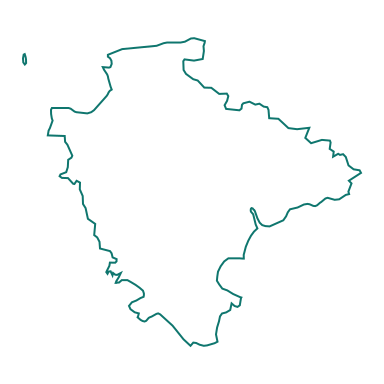 SVG path tracing the border of Devon
{"feature_id": "GBR-2048", "entity_name": "Devon", "entity_type": "Administrative County", "adm_level": 1, "iso_a3": "GBR", "parent_name": "United Kingdom", "parent_adm1": "", "projection": "mercator", "projection_center": [-3.833, 50.73], "detail": "fine", "context": "isolated", "style": "outline", "palette": "teal", "viewbox_px": 384, "rotation_deg": 0, "n_neighbors": 0, "source": "natural_earth", "source_scale": "10m", "svg_char_len": 3204}
<svg xmlns="http://www.w3.org/2000/svg" viewBox="0 0 384 384"><path d="M349.1,194.1L345.8,194.9L339.2,199.3L334.7,199.8L327.6,197.8L325.4,198.5L321.1,202.1L320.2,202.6L317.1,205.3L315.2,206.1L313.3,205.9L309.7,204.3L307.5,203.9L303.9,204.5L297.6,207.5L290.0,209.3L287.8,212.3L286.1,216.3L283.3,220.3L269.6,226.4L265.4,226.1L262.2,225.1L259.7,222.7L257.4,218.3L254.9,211.2L254.2,210.0L253.6,209.7L253.2,209.1L252.6,208.4L251.5,208.1L250.9,208.8L250.7,210.2L250.9,211.6L253.2,214.3L255.7,224.5L257.4,228.4L254.0,231.6L251.0,235.7L248.3,240.7L245.8,246.8L243.7,254.9L243.8,258.6L242.9,258.6L239.2,258.3L233.8,258.3L228.4,258.3L224.2,261.4L220.7,266.2L218.0,271.7L217.3,276.5L216.9,280.7L219.2,284.4L222.3,288.6L227.3,290.4L233.1,294.0L240.0,297.1L241.3,297.5L241.0,298.0L239.8,305.3L237.5,306.9L234.6,306.0L231.6,303.4L230.2,310.0L226.2,312.4L222.0,313.5L220.0,316.4L219.0,321.3L217.1,327.5L216.0,334.4L217.5,341.7L214.6,343.2L207.1,345.4L203.8,345.8L199.6,344.7L196.2,343.0L193.3,342.6L190.5,345.8L183.5,339.3L172.6,325.7L160.2,314.4L158.2,313.4L156.4,313.9L151.6,316.6L149.8,317.3L148.7,317.9L146.2,320.8L144.6,321.5L142.6,321.0L140.6,319.9L137.6,317.3L138.1,316.2L138.8,313.4L134.7,312.3L130.5,309.2L129.0,305.9L131.9,302.3L136.4,300.5L140.6,298.0L143.6,296.8L143.9,295.0L143.9,293.5L143.0,290.7L139.5,287.7L135.6,284.9L131.1,282.2L127.4,280.1L124.5,280.1L121.8,280.1L119.1,282.5L116.1,282.7L116.1,282.9L115.7,282.9L116.3,281.2L118.8,277.2L120.8,273.0L117.1,274.9L115.2,274.7L113.1,273.0L112.5,275.4L110.6,271.3L108.6,271.6L107.5,273.8L106.3,272.1L107.4,269.8L109.4,265.8L109.9,262.6L115.2,262.7L116.5,261.4L116.6,259.1L112.6,257.4L111.6,253.3L110.0,251.1L100.0,248.5L99.5,241.8L97.2,237.4L94.2,235.1L95.2,223.9L87.9,218.8L85.6,208.1L83.0,204.0L82.7,196.0L79.8,189.4L80.0,182.6L76.6,180.8L74.4,184.0L73.2,183.8L68.0,178.1L61.9,177.9L59.6,176.2L60.5,174.4L66.2,172.2L67.8,167.2L68.2,159.8L71.4,157.7L72.3,155.7L67.4,144.7L65.1,141.8L64.7,136.0L47.8,135.4L48.6,130.6L49.9,128.1L52.6,120.6L51.8,118.3L51.1,114.0L51.0,109.8L51.9,108.0L68.6,108.0L70.7,108.7L74.6,111.6L76.4,112.2L87.3,113.4L91.2,112.2L94.0,110.2L106.7,95.9L107.8,94.2L108.6,92.4L109.8,90.8L111.7,89.6L110.6,86.7L108.3,78.6L107.9,76.4L107.2,74.5L104.0,69.7L102.8,67.1L109.0,67.6L110.4,67.1L111.7,63.9L111.4,60.7L110.0,58.2L107.9,56.7L107.9,54.8L122.2,49.1L156.6,45.8L163.6,43.2L167.2,42.5L180.7,42.5L184.9,41.7L190.9,38.5L194.2,38.2L204.9,41.1L204.6,43.0L204.4,43.5L203.5,46.2L203.9,51.0L202.7,59.0L194.0,60.6L184.5,59.4L183.3,61.2L183.6,70.0L186.0,73.9L193.2,79.2L197.7,80.5L204.3,87.6L211.3,87.8L219.2,93.9L226.8,93.6L228.3,96.1L227.1,100.8L224.6,105.2L226.1,108.9L239.4,110.3L241.5,108.6L242.0,104.8L243.3,103.3L249.5,101.7L255.3,104.6L259.4,103.7L263.7,106.6L267.3,107.2L268.5,109.9L269.2,118.2L278.4,118.8L288.4,128.1L297.1,129.2L309.3,127.8L305.3,137.9L311.1,143.2L321.9,139.9L329.9,140.6L330.6,142.5L329.7,148.9L333.7,151.6L333.1,156.7L338.2,153.8L340.0,154.9L343.1,154.2L345.8,157.0L348.5,165.4L353.6,169.3L359.6,170.3L361.0,172.9L348.9,180.7L351.5,183.4L348.4,191.6L349.1,194.1ZM25.7,57.5L26.0,59.4L26.1,63.1L24.8,64.5L23.3,62.4L23.0,58.4L23.7,54.6L24.7,54.1L25.4,56.3L25.7,57.5Z" fill="none" stroke="#0f766e" stroke-width="2"/></svg>